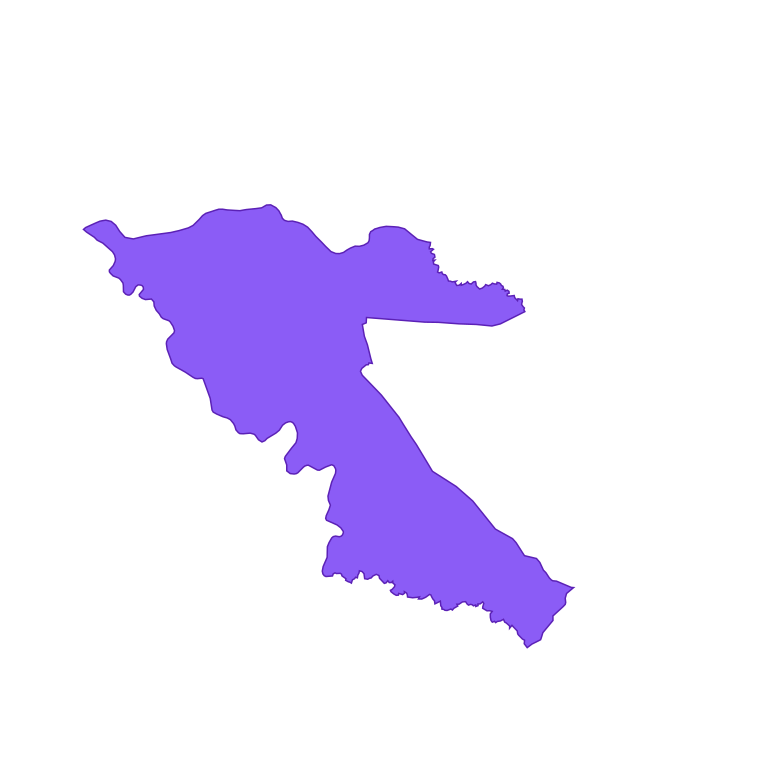 Itaqui, Rio Grande do Sul, Brazil, rotated 55°
{"feature_id": "56859067B22729484732675", "entity_name": "Itaqui", "entity_type": "district", "adm_level": 2, "iso_a3": "BRA", "parent_name": "Brazil", "parent_adm1": "Rio Grande do Sul", "projection": "natural_earth1", "projection_center": [-56.113, -29.138], "detail": "fine", "context": "isolated", "style": "filled", "palette": "violet", "viewbox_px": 768, "rotation_deg": 55, "n_neighbors": 0, "source": "geoboundaries", "source_scale": "gbopen_adm2", "svg_char_len": 6028}
<svg xmlns="http://www.w3.org/2000/svg" viewBox="0 0 768 768"><g transform="rotate(55 384 384)"><path d="M511.7,536.3L510.4,534.5L510.6,532.5L512.0,531.6L514.0,528.4L515.4,527.9L517.1,528.5L520.2,527.4L521.7,526.9L522.8,528.0L525.5,526.7L526.8,525.6L528.4,524.9L526.3,522.2L526.6,519.8L526.0,518.1L527.5,517.0L525.6,515.1L524.5,512.9L522.9,511.3L525.1,509.5L527.9,509.2L532.4,511.5L534.6,509.3L534.8,507.4L535.5,505.9L534.9,503.0L535.5,499.5L538.0,498.0L540.6,499.1L547.5,498.1L548.1,496.3L547.3,493.7L549.7,493.6L550.9,491.8L550.6,490.0L552.3,490.9L554.7,490.2L556.1,491.7L556.9,495.1L556.7,497.1L558.2,497.4L561.6,496.4L564.1,495.2L565.2,493.3L564.0,492.1L567.2,489.5L567.2,487.3L565.8,486.4L568.2,485.4L570.0,485.8L572.0,486.9L575.5,483.2L577.7,479.3L578.7,477.0L579.8,479.1L581.8,476.4L582.3,473.9L582.6,472.0L582.5,467.4L583.7,466.6L585.5,467.0L588.3,467.3L590.5,467.0L593.3,468.4L593.7,466.0L594.2,462.4L598.2,464.7L600.2,464.7L601.6,465.7L603.0,464.3L604.3,463.9L605.7,462.2L606.7,458.3L608.4,457.6L607.8,455.5L608.2,450.9L606.2,450.6L607.4,448.8L607.5,444.7L609.1,442.0L611.9,442.1L613.6,441.6L614.2,439.4L615.5,438.3L617.0,438.0L617.6,435.7L618.9,436.4L619.5,434.1L618.1,433.3L619.3,431.3L619.1,428.1L620.9,428.1L623.0,430.7L624.3,431.8L626.3,430.9L628.9,429.7L630.2,427.6L632.3,425.8L633.3,428.8L636.1,430.7L639.1,432.0L641.2,431.9L641.8,429.6L643.5,429.4L643.5,427.4L644.9,424.5L645.3,421.1L648.3,421.7L649.9,420.9L652.4,420.3L654.3,419.9L656.1,421.2L655.1,417.6L657.4,417.3L662.7,416.5L665.4,417.8L666.8,417.8L672.3,416.9L674.5,415.8L677.2,418.1L682.1,417.9L681.9,412.0L683.3,402.4L682.4,401.1L681.4,399.8L678.8,396.5L674.6,381.2L670.9,378.7L669.1,364.9L668.5,362.0L667.2,360.5L663.4,358.4L660.3,354.6L659.5,345.5L658.0,347.3L644.4,355.8L642.0,358.6L640.6,359.3L637.7,359.8L631.4,359.6L627.9,360.2L619.6,358.7L614.4,359.2L605.2,367.4L601.8,367.3L594.6,367.0L589.9,366.8L584.4,367.4L571.5,373.7L566.7,376.0L530.8,378.4L509.5,383.6L483.3,394.4L475.1,393.8L452.0,392.2L442.7,392.1L427.4,391.3L419.6,390.8L415.5,391.1L413.1,391.2L410.5,391.4L391.6,392.5L364.3,396.8L360.1,396.0L358.5,393.2L358.1,387.5L359.2,385.7L358.1,384.3L360.4,381.8L355.8,380.3L342.4,375.1L333.6,372.7L322.8,367.6L323.7,363.5L319.5,360.2L356.7,315.1L364.5,304.3L377.7,288.1L388.1,274.3L398.4,262.3L401.5,254.2L404.6,233.3L405.5,227.1L403.5,226.9L402.3,225.4L400.5,225.7L397.9,225.7L396.7,224.6L395.7,223.3L393.6,222.3L392.5,223.9L391.0,225.4L392.3,226.8L388.2,227.4L386.2,226.6L384.6,229.7L383.4,231.7L382.2,232.5L380.9,231.3L381.4,229.4L379.8,228.5L377.8,229.2L377.4,231.4L375.8,230.8L374.3,232.7L373.6,231.0L372.2,230.5L370.6,231.3L368.9,231.1L367.3,231.6L365.6,233.1L366.8,234.4L365.3,236.2L363.6,237.4L363.9,239.5L363.4,242.1L360.9,243.7L361.6,245.3L361.8,248.5L361.0,251.2L357.4,252.0L355.7,251.8L354.1,250.8L352.6,250.3L351.7,252.2L352.1,255.2L350.5,256.7L348.1,256.9L348.5,259.0L348.0,261.9L347.4,264.1L345.9,263.1L346.2,265.8L345.0,267.9L343.6,267.8L341.5,267.5L341.2,265.9L339.5,269.5L337.9,270.6L336.6,272.1L334.4,271.5L331.3,270.9L329.6,271.2L328.5,272.5L327.0,272.9L325.4,272.4L324.6,275.1L323.0,275.9L321.9,274.5L319.6,272.1L318.1,271.6L314.2,274.5L312.2,273.5L311.7,271.3L310.8,273.1L309.5,271.9L309.3,269.5L306.8,268.4L304.1,270.2L302.4,270.0L302.0,266.2L300.8,266.8L299.3,269.4L297.8,268.4L297.1,266.9L294.7,264.7L292.4,267.2L289.9,269.3L284.7,273.6L276.3,276.0L268.7,278.1L263.6,282.4L260.3,286.4L256.1,291.8L253.4,297.6L252.6,300.2L251.7,302.8L251.8,304.9L251.6,307.5L253.1,310.1L255.9,312.1L258.0,313.9L259.1,316.1L258.7,320.9L257.1,325.2L254.5,328.6L253.4,333.5L253.0,337.5L253.0,341.7L251.7,345.6L249.4,348.7L245.1,351.5L241.4,352.2L237.9,352.9L231.8,353.8L230.1,354.1L223.9,355.2L218.0,355.7L211.7,356.6L206.7,358.7L202.3,361.8L198.0,365.6L195.8,369.3L194.6,370.3L192.8,371.7L189.9,372.2L188.1,371.7L186.8,371.3L185.3,371.2L181.8,370.8L177.6,371.4L172.3,374.0L170.0,377.6L169.5,383.2L166.8,388.4L162.2,396.6L160.9,399.3L159.4,402.6L156.5,406.3L151.4,412.7L148.4,415.8L146.1,419.0L144.9,422.6L143.7,426.6L142.0,432.1L142.0,436.1L143.2,441.0L144.6,449.4L143.9,454.7L140.8,463.9L139.6,466.8L137.6,471.8L128.6,489.2L126.3,493.6L125.1,496.6L121.4,506.1L118.9,508.6L115.3,512.1L107.5,513.0L100.1,512.7L94.4,514.2L90.2,517.9L88.9,520.6L87.7,523.3L86.8,527.5L85.8,532.7L84.7,538.7L85.0,541.5L89.0,540.5L97.7,537.1L101.6,536.5L107.3,533.5L119.9,530.5L123.7,530.7L127.4,532.1L129.3,533.8L131.7,537.8L133.1,543.6L134.6,544.6L136.4,544.6L140.1,543.9L145.1,540.5L147.2,540.0L151.5,539.9L153.6,540.9L159.0,544.5L162.2,544.1L164.1,542.9L165.1,541.6L165.3,540.0L164.7,536.8L161.9,531.5L161.8,528.5L163.4,526.6L164.7,525.7L166.3,525.6L168.5,526.7L170.3,533.2L171.8,533.9L175.1,533.0L178.0,531.0L181.0,525.8L184.7,525.4L188.3,527.5L193.0,528.3L197.7,527.8L201.5,528.1L203.8,527.4L208.8,523.9L210.4,523.5L215.7,523.7L220.2,525.0L221.6,526.7L223.2,535.4L224.7,537.9L226.2,539.2L231.4,541.8L241.2,544.4L245.4,545.7L248.7,545.3L250.7,544.6L260.0,540.1L268.9,536.6L271.2,535.4L272.6,533.8L274.7,530.0L275.9,529.1L296.1,534.6L306.7,539.8L309.1,540.0L313.0,538.1L318.6,534.6L321.9,531.9L325.1,530.3L330.1,529.9L332.9,530.3L336.7,531.6L340.4,531.2L342.0,530.5L344.0,527.9L347.5,521.8L350.5,519.3L352.1,518.8L357.7,518.8L361.5,517.2L362.1,514.1L361.5,510.9L362.2,500.7L361.8,496.2L359.6,490.8L359.4,486.9L360.2,483.9L361.2,482.1L363.0,481.0L364.6,480.7L367.9,480.9L374.4,482.9L378.8,486.3L381.6,489.8L383.6,496.9L386.7,506.4L388.1,508.3L389.5,508.7L394.5,510.1L399.4,513.5L403.6,512.2L406.2,509.2L407.1,507.3L407.3,505.5L405.9,497.8L405.8,496.0L406.4,493.7L407.2,492.5L416.3,487.9L417.6,486.3L418.5,479.5L420.1,473.2L422.1,472.0L425.6,472.3L427.1,473.0L429.4,475.0L434.4,483.2L443.7,494.2L447.5,496.3L452.5,497.4L455.3,501.1L458.7,506.8L460.7,508.9L462.7,509.2L472.5,503.3L477.0,501.9L481.4,501.9L482.6,502.7L483.8,504.6L484.1,506.3L483.5,508.2L480.8,510.9L479.9,513.1L480.1,515.1L482.4,520.0L484.8,523.7L493.4,530.0L498.6,538.5L501.9,541.9L504.6,543.0L506.8,542.9L508.4,542.0L511.7,536.3Z" fill="#8b5cf6" stroke="#5b21b6" stroke-width="1.5"/></g></svg>